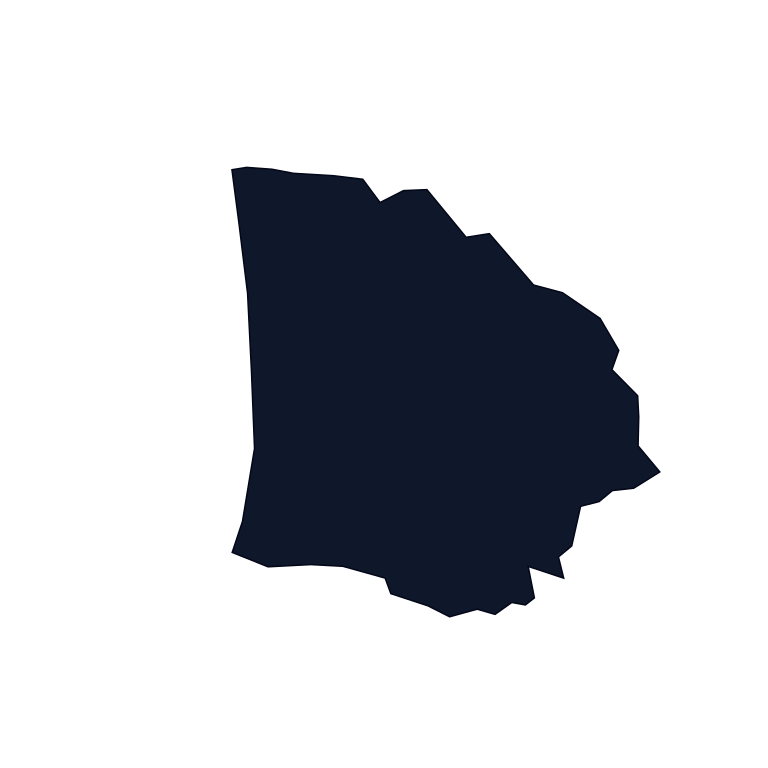 outline of Kazivera, Cyprus, rotated 328°
{"feature_id": "46923920B14139084564412", "entity_name": "Kazivera", "entity_type": "district", "adm_level": 2, "iso_a3": "CYP", "parent_name": "Cyprus", "parent_adm1": "", "projection": "natural_earth1", "projection_center": [32.913, 35.174], "detail": "fine", "context": "isolated", "style": "filled", "palette": "ink", "viewbox_px": 768, "rotation_deg": 328, "n_neighbors": 0, "source": "geoboundaries", "source_scale": "gbopen_adm2", "svg_char_len": 759}
<svg xmlns="http://www.w3.org/2000/svg" viewBox="0 0 768 768"><g transform="rotate(328 384 384)"><path d="M356.1,638.2L376.6,637.0L386.8,646.3L398.2,645.1L409.6,615.1L433.5,643.9L440.3,623.1L457.4,620.8L472.2,605.8L485.9,591.9L504.1,597.7L521.2,595.4L540.5,604.7L571.3,604.7L566.7,571.1L582.6,546.9L592.9,528.4L584.9,492.6L600.9,479.9L602.0,442.9L583.8,401.3L563.3,379.3L558.7,349.3L553.0,312.3L531.4,303.1L523.4,241.9L503.0,230.3L476.8,228.0L474.5,199.1L451.7,180.7L418.8,157.3L402.8,142.5L382.3,127.5L368.6,121.7L345.9,171.4L316.3,234.9L277.6,304.3L240.0,370.1L191.1,425.6L166.0,446.4L188.8,477.6L226.3,498.4L252.5,516.8L282.1,549.2L278.7,565.4L303.7,595.4L316.3,616.2L343.6,624.3L356.1,638.2Z" fill="#0f172a" stroke="#020617" stroke-width="1.5"/></g></svg>